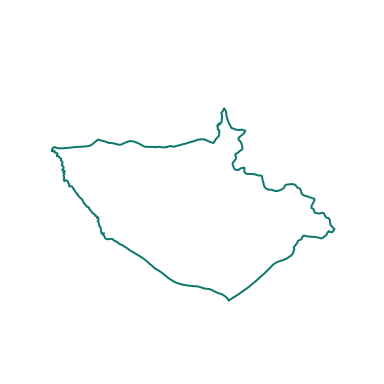 the district of Preah Sdach, Prey Vêng, Cambodia, rotated 114°
{"feature_id": "14789045B92288300467982", "entity_name": "Preah Sdach", "entity_type": "district", "adm_level": 2, "iso_a3": "KHM", "parent_name": "Cambodia", "parent_adm1": "Prey Vêng", "projection": "mercator", "projection_center": [105.359, 11.079], "detail": "fine", "context": "isolated", "style": "outline", "palette": "teal", "viewbox_px": 384, "rotation_deg": 114, "n_neighbors": 0, "source": "geoboundaries", "source_scale": "gbopen_adm2", "svg_char_len": 6059}
<svg xmlns="http://www.w3.org/2000/svg" viewBox="0 0 384 384"><g transform="rotate(114 192 192)"><path d="M168.1,46.8L166.9,49.3L166.8,49.8L165.8,52.0L163.7,53.5L161.8,54.6L160.7,55.7L160.3,57.0L160.8,58.9L159.7,60.8L158.6,62.0L157.7,63.3L158.3,65.0L159.7,66.5L160.1,67.6L161.0,70.7L160.5,71.7L159.6,72.7L158.3,73.9L158.0,75.3L157.9,76.5L155.4,77.2L152.2,76.8L149.4,76.8L148.4,77.9L148.8,79.2L148.8,80.3L148.9,82.5L149.2,85.4L149.5,87.7L149.5,89.5L148.9,91.2L147.4,92.5L145.8,93.5L145.0,94.9L145.1,96.4L145.0,98.0L143.9,99.7L143.5,101.1L143.8,103.2L144.6,104.8L145.4,106.3L146.6,108.2L146.9,108.7L147.9,109.5L148.6,109.5L149.9,109.7L150.9,109.8L152.0,110.4L153.3,111.2L154.3,112.1L155.6,113.5L156.6,114.9L157.3,116.4L157.5,117.8L157.4,119.8L157.9,121.1L158.8,123.2L158.8,124.6L158.5,126.4L157.8,127.9L156.8,128.8L155.6,129.8L154.6,130.3L153.5,131.5L152.2,132.5L151.1,133.2L149.9,133.9L149.0,134.5L148.9,135.3L149.2,136.5L149.8,137.6L150.0,139.0L150.1,140.5L150.5,142.5L151.0,144.1L151.4,145.1L152.1,146.8L152.8,148.4L153.2,150.1L152.8,151.6L151.8,152.6L150.4,153.3L148.8,153.7L148.6,154.6L149.2,155.1L150.5,157.0L151.1,157.6L151.9,157.9L153.0,158.5L153.6,160.1L153.9,161.1L153.9,161.9L153.4,162.8L152.7,163.8L150.2,166.2L148.9,166.7L146.9,166.0L143.4,165.4L142.6,165.7L141.6,166.5L140.5,167.7L139.2,167.4L137.2,165.9L135.1,165.0L132.4,163.4L131.0,164.0L129.2,165.1L127.9,166.3L126.4,167.8L126.0,169.2L125.0,171.0L123.5,171.4L122.2,170.9L119.5,169.4L117.4,168.5L115.8,168.1L115.1,168.4L114.4,168.4L114.6,169.3L114.5,169.8L114.6,170.6L114.6,171.3L114.7,171.9L115.8,173.3L116.4,174.5L116.9,176.1L117.1,177.4L117.3,180.2L117.5,181.2L117.4,182.0L115.9,183.9L114.9,185.3L113.1,187.4L109.5,190.6L107.4,192.1L105.6,193.1L104.2,194.2L102.9,195.8L102.7,196.5L103.1,196.8L104.0,196.6L106.0,196.8L106.7,197.2L107.9,197.3L108.6,196.7L110.1,195.7L111.6,194.9L112.9,194.6L114.1,194.2L115.0,193.7L116.0,193.6L117.3,193.8L118.3,193.8L118.4,195.2L119.3,195.6L120.5,194.9L121.1,195.8L121.7,195.5L122.9,194.4L124.0,194.1L124.4,193.3L124.3,192.8L125.1,192.3L125.4,191.6L127.6,191.0L128.6,190.5L129.7,190.2L130.5,190.4L132.7,191.3L134.7,191.8L136.1,191.9L137.8,192.1L138.5,192.4L138.8,194.1L138.9,197.2L138.8,200.2L139.2,202.9L140.4,205.7L142.3,208.4L144.8,210.8L147.1,213.9L149.4,216.4L150.4,217.4L151.1,218.4L152.1,219.9L153.7,221.6L154.8,223.0L156.2,224.9L157.3,226.0L158.0,226.9L158.3,227.8L158.3,228.9L159.0,230.5L160.0,232.1L160.7,232.9L161.5,233.5L161.4,234.1L162.1,234.6L162.4,235.2L162.8,236.0L163.2,237.2L163.7,238.8L163.8,240.1L164.4,241.0L165.1,242.0L166.4,244.9L167.0,246.9L167.6,248.0L168.2,249.4L169.8,253.4L169.8,255.2L169.4,259.3L169.4,262.2L169.6,266.0L170.7,269.4L172.3,271.4L174.2,273.2L176.4,275.0L178.0,276.7L178.8,279.0L179.1,281.4L179.6,283.9L180.4,286.5L181.1,288.4L181.1,290.1L181.3,292.9L181.8,295.2L182.0,296.7L182.2,298.4L182.4,299.1L184.0,300.0L187.0,301.5L189.4,302.7L190.5,303.5L191.7,304.6L192.7,306.1L195.0,310.4L196.4,312.7L197.3,314.9L198.8,317.6L200.3,320.0L202.4,323.9L204.6,327.7L205.5,329.6L206.3,331.6L206.7,333.1L206.8,334.5L206.8,335.0L206.9,335.8L207.5,336.4L208.1,336.8L209.9,337.2L211.1,337.0L211.6,336.6L211.4,335.8L210.6,335.0L210.5,334.4L211.3,334.0L211.8,333.5L211.5,332.9L211.4,331.6L211.8,330.4L212.7,330.3L213.5,330.4L214.1,330.0L213.8,329.1L213.9,328.0L214.4,326.5L215.1,325.1L215.7,324.7L216.6,324.4L216.9,323.7L217.3,322.9L218.0,322.1L218.8,322.0L219.8,322.1L220.6,321.7L221.0,320.4L221.8,319.2L222.5,318.9L223.4,319.3L224.7,319.4L225.0,318.4L224.7,316.8L225.4,316.6L226.2,317.0L226.8,317.3L227.1,316.9L227.4,316.0L227.8,315.8L228.9,316.0L229.5,315.9L230.5,314.7L231.4,314.4L232.5,314.3L233.3,313.8L233.8,313.3L233.8,312.8L233.2,312.4L232.5,311.9L232.6,310.6L232.8,309.7L234.3,308.4L235.0,307.2L236.6,306.7L236.7,306.3L236.3,305.6L235.9,304.7L235.9,303.9L236.2,303.1L236.7,302.5L237.4,301.5L237.9,300.5L239.6,298.1L240.2,296.8L240.8,296.1L240.9,295.0L241.6,294.5L241.8,294.1L242.1,293.4L242.6,292.1L243.2,290.0L243.9,288.7L245.2,287.4L246.3,285.8L247.3,283.5L247.8,282.7L248.1,281.8L248.1,281.0L248.0,280.3L248.3,279.7L249.2,279.2L249.5,278.1L250.2,276.8L251.1,275.5L251.5,274.7L251.5,274.0L251.9,273.0L252.2,271.6L253.0,271.0L252.7,270.2L253.3,269.3L253.2,268.7L253.3,268.0L254.2,267.9L253.9,267.2L254.6,266.5L256.0,266.0L256.9,266.3L257.1,265.8L257.5,265.4L258.2,264.6L259.6,263.8L260.3,262.7L261.2,262.2L261.6,261.2L263.0,260.2L263.9,259.6L264.8,259.3L265.4,258.6L266.4,257.9L265.7,255.7L266.3,255.7L267.2,256.0L267.2,255.3L268.0,254.2L269.3,252.8L269.7,251.5L269.6,250.5L268.7,248.3L267.4,246.2L267.3,245.0L268.0,243.9L268.1,242.7L268.0,241.2L268.2,239.7L268.7,238.2L269.0,236.8L268.9,234.8L269.0,232.9L269.8,228.0L270.6,224.3L271.0,220.4L271.5,216.9L271.9,213.2L272.5,209.8L273.1,206.9L274.0,204.0L274.8,201.7L275.6,198.4L276.4,196.3L277.0,194.2L277.5,189.4L278.0,186.9L278.8,183.7L279.6,180.6L280.4,177.5L281.3,171.5L281.2,168.6L280.7,165.0L280.5,163.9L280.7,163.3L279.9,160.9L279.2,157.8L277.3,152.2L276.0,148.5L275.5,145.6L275.3,142.8L274.9,140.6L274.1,138.3L273.5,136.1L273.5,132.1L273.7,130.6L273.8,127.8L273.6,126.1L273.3,124.6L273.2,123.0L273.6,120.6L274.2,117.7L275.4,115.4L276.2,114.3L274.4,113.1L273.1,112.3L271.6,111.4L269.9,110.1L266.8,108.1L261.2,104.7L259.8,104.0L258.1,102.9L254.7,101.0L250.6,99.1L248.5,97.9L246.4,97.0L244.6,96.2L240.7,94.5L238.7,93.5L230.6,90.2L227.5,89.1L226.0,88.6L225.2,88.3L223.0,86.9L221.4,85.6L220.1,84.4L216.5,80.4L215.4,79.6L213.9,78.0L212.8,77.6L211.7,77.0L210.3,75.8L209.4,75.4L208.6,75.3L207.5,74.9L206.7,74.7L205.1,75.3L204.4,75.2L203.3,75.2L202.3,75.5L201.4,76.4L199.9,76.3L199.2,76.0L197.8,75.7L196.9,75.4L195.4,75.2L194.7,75.3L193.7,75.3L192.8,74.8L192.0,73.9L191.3,73.3L190.1,72.7L188.2,73.0L186.8,72.5L185.9,70.8L185.7,68.4L185.1,67.1L184.5,65.3L183.9,63.5L183.1,61.8L182.9,60.8L182.6,59.1L182.2,58.0L182.0,56.1L181.7,54.9L180.1,53.5L179.2,53.0L178.5,52.9L177.3,52.0L176.2,51.7L175.2,51.8L174.1,51.7L173.0,51.3L172.4,51.3L172.1,50.8L172.3,49.9L172.3,49.2L172.1,48.4L171.6,47.6L170.4,47.1L168.7,47.0L168.1,46.8Z" fill="none" stroke="#0f766e" stroke-width="2"/></g></svg>